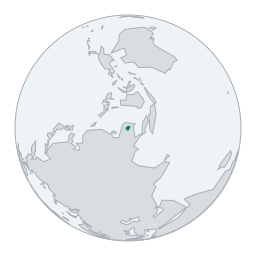 globe centered on Krâchéh, rotated 226°
{"feature_id": "KHM-1793", "entity_name": "Krâchéh", "entity_type": "Province", "adm_level": 1, "iso_a3": "KHM", "parent_name": "Cambodia", "parent_adm1": "", "projection": "orthographic", "projection_center": [106.195, 12.682], "detail": "fine", "context": "on_globe", "style": "filled", "palette": "green", "viewbox_px": 256, "rotation_deg": 226, "n_neighbors": 0, "source": "natural_earth", "source_scale": "10m", "svg_char_len": 9756}
<svg xmlns="http://www.w3.org/2000/svg" viewBox="0 0 256 256"><g transform="rotate(226 128 128)"><circle cx="128" cy="128" r="113" fill="#eef3f6" stroke="#a8b0b8"/><path d="M231.9,165.0L231.8,165.8L231.7,165.9L231.9,165.0ZM180.2,28.2L180.5,28.5L184.5,31.0L180.7,28.9L190.7,35.6L193.6,38.9L188.1,33.8L185.7,32.4L186.5,33.7L184.3,32.6L183.4,32.7L180.7,31.3L177.7,28.8L175.9,28.0L176.6,29.1L174.3,28.6L173.6,27.1L169.5,26.3L163.7,22.9L164.0,21.4L158.6,19.6L157.8,19.4L165.5,21.8L173.0,24.7L180.2,28.2ZM232.2,85.3L232.1,85.1L232.0,84.7L232.2,85.3ZM187.8,33.2L187.1,32.5L188.6,33.7L187.8,33.2ZM183.8,33.0L184.7,33.6L183.8,33.4L183.8,33.0ZM178.9,31.2L177.3,30.9L178.4,30.8L178.9,31.2ZM176.0,30.5L172.1,30.1L173.7,31.3L166.8,27.9L172.4,29.2L173.6,28.7L174.3,29.6L176.0,30.5ZM163.6,26.2L162.2,25.9L163.1,25.8L163.6,26.2ZM155.9,18.9L155.7,18.8L152.3,18.1L151.7,18.0L149.3,17.4L154.7,18.6L155.9,18.9ZM147.1,17.0L145.8,16.8L147.9,17.2L145.5,16.8L144.3,16.6L143.8,16.5L143.0,16.4L142.9,16.4L147.1,17.0ZM137.6,15.8L137.8,15.8L136.8,15.7L137.6,15.8ZM140.8,16.1L138.8,15.9L139.1,15.9L140.8,16.1ZM144.2,16.7L148.3,17.4L144.2,16.7ZM136.5,15.7L137.1,15.8L136.2,15.7L136.5,15.7ZM141.8,16.4L143.2,16.5L143.3,16.6L141.8,16.4ZM137.1,15.8L136.4,15.7L137.5,15.8L137.1,15.8ZM139.2,16.1L138.3,15.9L139.8,16.1L139.2,16.1ZM141.6,16.4L142.2,16.5L141.0,16.3L141.6,16.4ZM133.5,15.8L132.3,15.5L134.7,15.6L135.5,15.8L133.5,15.8ZM39.2,58.7L39.1,59.0L38.3,60.3L34.9,64.8L30.8,73.7L33.8,70.3L33.7,76.3L35.9,77.9L43.1,69.2L39.4,66.3L42.4,61.5L48.1,59.9L51.8,63.1L53.1,61.3L53.7,56.1L57.6,53.8L54.3,54.1L53.4,56.2L51.3,56.5L52.0,54.7L53.3,53.9L53.1,52.4L46.7,57.3L45.1,59.9L42.6,59.1L39.7,63.5L37.9,65.0L42.2,58.1L44.1,55.9L49.5,48.4L47.3,50.4L42.0,57.9L42.3,56.9L39.2,60.3L41.8,57.0L48.1,48.9L47.9,48.8L58.3,39.5L58.2,39.6L61.7,37.2L61.7,37.6L67.4,33.9L68.1,33.8L64.6,35.9L62.1,37.8L62.6,39.5L64.0,39.0L67.6,36.7L67.3,37.7L70.7,35.2L73.2,35.6L73.1,33.2L77.4,31.0L81.2,30.0L82.6,29.0L76.4,30.6L74.0,31.8L71.9,33.3L65.2,36.7L64.1,36.8L71.1,32.1L70.3,31.9L76.1,28.7L89.2,25.3L92.5,25.6L88.8,30.5L85.6,31.4L85.3,30.0L81.6,33.2L83.8,32.0L83.5,33.0L87.6,31.6L87.6,32.2L91.4,29.8L91.9,30.5L89.4,32.0L95.8,30.9L97.9,32.2L99.3,31.7L100.3,30.8L102.3,33.3L103.3,32.9L103.0,31.8L104.7,30.3L108.6,28.7L109.1,29.7L107.7,30.4L105.7,33.5L102.1,35.5L102.7,35.8L106.0,34.3L108.4,30.4L110.6,29.2L109.9,30.9L110.3,30.2L111.6,29.9L113.3,30.7L114.3,28.8L127.2,25.9L131.8,27.4L129.7,29.0L139.3,29.1L143.7,31.6L143.4,30.5L147.8,30.3L146.5,29.5L146.7,29.0L157.4,29.1L160.3,30.1L164.6,29.6L164.4,29.2L162.5,28.3L166.8,27.9L173.7,31.3L173.7,32.1L178.1,34.1L177.4,35.8L178.9,38.4L175.6,39.7L177.0,41.9L178.6,42.4L181.7,46.1L182.8,52.5L175.1,44.8L172.2,36.5L172.8,39.5L170.6,38.2L169.6,39.0L170.2,41.4L171.5,42.0L162.1,44.1L159.5,50.8L164.6,50.9L167.7,53.5L169.3,63.0L159.5,75.4L163.6,80.4L163.9,83.5L160.2,85.1L159.8,80.5L156.1,78.6L156.5,76.0L150.5,77.6L150.7,74.0L145.9,77.3L147.7,80.3L152.9,80.0L148.7,84.9L154.0,90.5L154.5,97.0L145.5,107.9L136.4,110.9L135.8,112.9L132.3,110.3L127.4,114.1L134.0,126.5L133.8,130.0L126.0,136.0L125.8,133.4L116.4,126.4L114.5,134.6L121.7,142.0L124.1,150.2L118.6,147.3L116.1,140.1L112.7,137.4L113.7,130.2L111.1,119.4L105.5,120.9L106.0,116.6L101.5,107.5L93.5,109.5L80.7,119.3L78.8,130.0L74.5,134.3L69.6,117.7L70.0,107.2L66.5,107.6L62.9,98.0L51.7,94.9L51.6,92.1L49.1,92.8L46.8,89.3L47.2,84.7L45.1,84.4L44.3,96.4L46.8,96.9L50.9,93.4L50.1,97.6L52.5,102.1L44.5,110.3L30.3,115.0L31.4,106.8L33.7,83.2L35.0,81.1L35.2,80.8L35.3,80.3L33.0,83.7L34.2,79.3L30.3,94.9L28.5,101.4L30.1,115.4L29.3,116.5L30.6,119.7L37.7,118.9L37.2,121.6L32.3,132.8L24.7,146.6L27.1,158.5L29.1,168.1L27.5,172.6L31.0,180.4L30.6,182.0L32.8,186.2L34.4,189.9L35.9,192.8L35.7,192.5L31.4,185.9L27.5,178.9L24.2,171.7L21.3,164.2L19.0,156.6L17.3,148.8L16.1,140.9L15.5,133.0L15.4,125.0L15.9,117.1L16.9,109.2L18.6,101.4L20.7,93.7L23.4,86.2L26.6,78.9L30.3,71.9L34.5,65.1L39.2,58.7ZM53.1,71.7L57.0,73.6L59.7,67.3L61.5,67.6L61.7,65.5L59.9,66.8L61.3,61.2L64.6,60.4L66.4,58.0L65.1,57.2L58.9,59.8L56.9,67.6L54.1,69.5L53.1,71.7ZM72.4,30.0L72.6,29.9L71.3,30.7L70.8,31.0L68.5,32.3L62.0,36.8L59.9,38.3L60.1,38.1L72.4,30.0ZM89.4,22.2L88.5,22.5L89.4,22.2ZM125.6,15.4L125.0,15.4L127.8,15.4L125.1,15.5L126.1,15.5L124.3,15.8L120.0,16.1L121.4,16.2L120.2,16.6L116.6,17.1L117.8,16.6L113.0,17.6L112.5,17.2L112.0,17.4L110.2,17.4L107.1,17.8L107.4,17.6L106.1,17.8L104.9,18.0L103.2,18.3L103.1,18.2L101.0,18.7L102.2,18.4L98.6,19.3L101.2,18.6L109.2,16.9L117.4,15.9L125.6,15.4ZM134.5,15.5L134.0,15.5L133.9,15.5L132.7,15.5L133.6,15.5L132.1,15.5L132.3,15.6L130.6,15.6L132.9,15.9L127.8,16.0L125.0,15.9L129.1,15.4L128.6,15.4L130.0,15.4L134.5,15.5ZM39.6,58.9L39.4,59.5L39.5,59.8L37.6,62.1L39.6,58.9ZM43.8,53.4L41.2,56.4L41.5,56.0L43.8,53.4ZM46.2,50.9L44.1,53.1L45.4,51.7L46.2,50.9ZM64.9,35.8L65.3,35.9L64.5,36.5L63.2,37.2L64.9,35.8ZM102.3,21.1L103.4,20.5L104.1,20.5L107.9,19.5L108.5,19.8L106.5,20.6L102.3,21.1ZM41.2,70.3L39.2,71.5L39.4,70.4L40.1,70.2L41.2,70.3ZM37.3,66.5L37.1,68.5L36.8,67.1L37.3,66.5ZM103.7,21.3L105.1,20.8L104.6,21.3L103.7,21.3ZM109.2,20.1L108.9,20.6L109.1,19.8L109.2,20.1ZM82.9,223.5L85.3,224.8L83.8,224.6L82.9,223.5ZM38.2,170.3L40.4,185.9L37.7,184.9L35.0,179.7L32.7,169.9L35.1,168.2L35.6,164.1L38.2,170.3ZM152.6,170.0L155.9,170.6L155.8,171.1L152.6,170.0ZM149.0,168.2L152.9,168.5L148.4,169.3L149.0,168.2ZM154.4,168.6L158.4,167.7L160.1,166.9L159.7,168.0L154.4,168.6ZM146.4,168.1L132.1,167.3L126.4,165.7L127.7,163.9L136.9,164.9L146.4,168.1ZM127.3,163.8L118.6,158.0L106.8,141.7L111.0,142.3L123.4,152.5L122.6,154.1L127.8,158.6L127.3,163.8ZM148.3,155.2L147.4,160.0L139.5,159.2L135.9,158.3L133.4,151.9L134.8,148.8L137.8,149.1L149.2,138.8L153.2,141.6L149.7,146.0L153.0,150.4L148.3,155.2ZM79.3,131.1L81.5,137.9L79.2,138.7L79.3,131.1ZM153.8,131.5L149.2,136.0L153.4,129.9L153.8,131.5ZM156.3,125.7L156.6,128.1L154.7,125.7L156.3,125.7ZM135.7,116.2L132.6,116.5L132.5,114.9L136.5,113.4L135.7,116.2ZM154.9,102.6L154.8,107.5L154.2,109.1L152.8,106.1L154.9,102.6ZM111.5,25.9L105.5,26.7L101.6,28.0L100.1,29.7L99.6,27.9L105.6,25.9L111.5,25.9ZM125.2,25.7L126.5,24.6L127.7,25.1L127.6,25.4L125.2,25.7ZM124.8,25.0L123.1,23.7L124.9,23.1L125.9,24.2L124.8,25.0ZM113.1,21.9L111.3,22.0L111.8,21.5L113.1,21.9ZM205.7,207.7L205.9,208.1L202.7,211.1L198.7,214.4L195.8,215.8L205.7,207.7ZM180.3,217.5L181.2,214.3L185.1,213.8L182.6,216.7L180.3,217.5ZM208.4,205.2L211.3,201.9L213.4,198.2L211.8,201.5L212.9,201.1L206.6,207.7L208.4,205.2ZM168.8,204.5L146.9,210.9L142.3,210.0L143.9,207.2L140.6,198.4L142.1,198.6L141.7,192.7L154.8,187.5L164.4,177.6L171.3,178.3L176.7,171.0L183.6,171.5L181.3,177.3L188.0,181.0L193.6,167.9L196.8,181.6L201.0,186.2L201.1,194.5L189.9,209.0L184.4,211.9L183.7,210.7L181.3,212.2L178.2,211.8L177.3,207.4L174.9,208.8L177.6,205.4L173.9,208.5L172.7,205.6L168.8,204.5ZM217.5,178.1L218.3,178.4L219.2,180.6L218.0,180.3L217.5,178.1ZM229.9,168.3L230.0,169.4L229.3,169.8L229.9,168.3ZM231.7,165.9L230.9,166.6L231.9,165.0L231.7,165.9ZM222.8,169.6L223.1,170.4L222.7,170.8L222.8,169.6ZM222.5,169.4L223.1,167.9L222.9,169.3L222.5,169.4ZM219.2,162.4L219.7,161.6L219.9,162.2L219.2,162.4ZM160.9,170.8L165.7,167.1L168.2,166.9L160.9,170.8ZM218.5,160.9L217.2,160.9L217.4,160.2L218.5,160.9ZM218.7,159.2L218.6,158.2L219.3,160.5L218.7,159.2ZM216.2,157.0L217.8,158.8L216.0,157.3L216.2,157.0ZM215.2,157.4L214.1,156.6L214.2,156.3L215.2,157.4ZM201.1,159.5L205.6,165.5L201.8,165.5L197.6,161.8L194.0,165.4L186.1,165.0L188.0,162.7L187.0,159.3L178.6,157.9L177.0,155.6L180.0,154.2L174.4,152.3L180.5,151.4L183.0,156.0L186.4,152.4L192.2,153.3L197.8,154.7L202.1,158.1L201.1,159.5ZM180.4,161.5L181.5,161.5L180.5,162.9L180.4,161.5ZM211.8,154.2L213.5,156.4L213.3,156.9L212.4,156.6L211.8,154.2ZM203.2,157.3L207.9,153.3L209.0,153.3L205.8,157.8L203.2,157.3ZM206.8,150.9L209.0,151.3L210.1,153.5L209.6,154.1L206.8,150.9ZM168.0,157.1L167.7,158.4L166.1,157.3L168.0,157.1ZM170.0,156.4L174.9,157.8L169.6,157.4L170.0,156.4ZM155.2,151.5L156.7,154.6L161.2,152.8L157.7,155.5L160.8,160.5L159.7,162.4L156.7,156.9L155.6,162.4L153.6,162.3L152.5,157.5L154.5,151.7L156.6,149.4L164.7,148.6L155.2,151.5ZM170.0,152.7L168.7,149.1L169.7,146.8L171.1,148.7L170.0,152.7ZM164.9,140.6L161.4,136.4L158.3,137.9L164.5,132.4L166.8,137.3L164.9,140.6ZM161.9,131.6L158.9,132.9L161.9,129.7L161.9,131.6ZM158.2,131.5L157.8,128.7L160.1,129.1L158.2,131.5ZM163.4,131.7L163.9,127.0L165.1,129.8L163.4,131.7ZM156.7,122.4L161.8,127.1L155.3,124.9L154.8,115.8L157.5,115.7L156.7,122.4ZM170.8,87.2L170.0,84.8L172.4,84.3L172.3,86.1L170.8,87.2ZM179.6,81.5L172.8,83.4L167.2,85.4L169.1,86.5L168.0,90.6L165.1,86.7L168.8,82.3L173.1,81.7L173.5,78.3L176.5,76.3L175.5,72.2L176.7,70.5L178.9,74.1L179.6,81.5ZM174.8,70.5L174.1,63.6L178.8,64.8L180.0,66.6L178.4,69.2L176.0,68.3L174.8,70.5ZM175.3,62.4L173.0,61.6L167.1,51.9L167.0,50.3L174.0,57.8L172.2,57.6L172.8,59.9L175.3,62.4ZM162.8,26.4L162.3,26.0L163.5,26.5L162.8,26.4ZM145.9,28.6L146.3,28.0L147.8,28.5L145.9,28.6ZM148.4,26.8L146.5,26.6L148.3,26.3L148.4,26.8ZM142.2,26.5L145.6,26.4L142.7,27.1L142.2,26.5Z" fill="#d9dde1" stroke="#a8b0b8" stroke-width="1"/><path d="M129.1,129.2L129.0,129.3L128.9,129.4L128.7,129.4L128.4,129.4L128.2,129.4L128.1,129.5L128.1,129.4L127.9,129.4L128.0,129.4L127.9,129.3L127.9,129.2L127.7,129.2L127.8,129.1L127.7,129.1L127.6,128.9L127.4,128.9L127.2,128.8L127.2,128.7L127.2,128.4L127.1,128.1L127.0,127.9L127.0,127.7L127.0,127.4L126.9,127.3L126.9,127.2L127.0,127.2L126.9,127.2L126.8,126.8L127.0,126.9L127.1,127.0L127.3,127.1L127.5,127.1L127.7,126.9L127.8,126.7L128.0,126.7L128.3,126.5L128.3,126.8L128.4,127.0L128.5,127.0L128.4,127.1L128.4,127.3L128.5,127.4L128.7,127.5L128.8,127.5L128.7,127.7L128.7,127.8L128.4,127.9L128.4,128.0L128.3,128.3L128.5,128.4L128.6,128.5L128.8,128.7L128.8,128.8L129.0,128.8L129.1,129.0L129.1,129.2Z" fill="#22c55e" stroke="#15803d" stroke-width="1.5"/></g></svg>